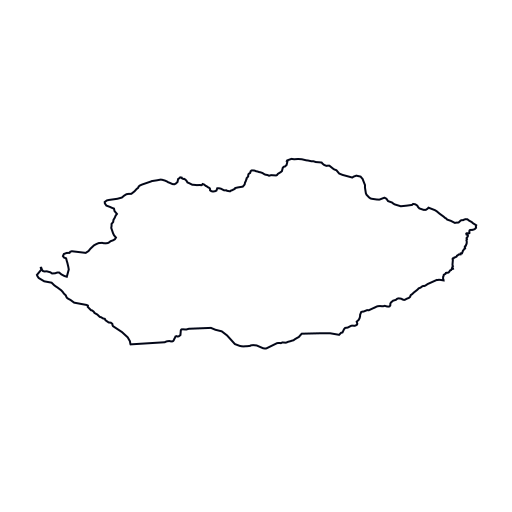 the district of Valle Grande, Jujuy, Argentina, rotated 276°
{"feature_id": "61730980B80142303912096", "entity_name": "Valle Grande", "entity_type": "district", "adm_level": 2, "iso_a3": "ARG", "parent_name": "Argentina", "parent_adm1": "Jujuy", "projection": "equal_earth", "projection_center": [-64.987, -23.464], "detail": "fine", "context": "isolated", "style": "outline", "palette": "ink", "viewbox_px": 512, "rotation_deg": 276, "n_neighbors": 0, "source": "geoboundaries", "source_scale": "gbopen_adm2", "svg_char_len": 6097}
<svg xmlns="http://www.w3.org/2000/svg" viewBox="0 0 512 512"><g transform="rotate(276 256 256)"><path d="M353.8,276.8L353.7,277.4L349.7,276.9L349.1,276.3L348.2,275.7L347.6,274.2L346.5,273.4L343.1,272.9L341.9,271.7L340.0,269.2L338.7,268.4L338.2,267.5L338.0,262.6L337.2,260.6L337.7,259.1L337.9,256.6L338.5,255.1L339.2,253.8L339.7,251.7L339.8,250.2L340.2,248.7L340.3,247.2L340.8,245.7L340.8,244.0L340.6,242.6L339.7,241.8L338.0,241.5L336.9,240.1L335.7,239.8L334.3,239.9L332.3,238.5L331.1,238.5L330.6,238.2L328.9,237.9L328.1,237.4L326.4,237.3L325.6,237.0L323.6,235.6L322.3,230.8L321.4,228.2L320.3,227.7L319.9,226.7L319.1,225.8L318.5,224.3L318.0,223.9L317.6,223.4L317.8,220.3L318.2,219.8L318.0,217.3L319.3,214.0L319.5,212.1L319.3,210.4L316.9,209.8L316.2,208.6L315.6,206.5L315.8,204.8L316.5,203.5L317.8,203.3L318.6,202.8L319.0,202.0L319.5,200.7L320.3,199.5L320.4,198.8L321.7,196.8L322.0,195.4L321.2,195.0L320.6,194.0L320.8,193.1L320.5,191.2L320.3,189.7L320.3,186.5L320.2,185.2L321.4,182.1L322.0,180.1L323.2,179.3L324.5,177.9L325.2,176.5L325.0,175.7L325.6,174.1L326.2,173.9L326.3,172.4L325.4,171.7L324.4,170.5L321.4,170.2L319.6,168.6L318.8,167.3L318.8,165.4L319.9,162.1L320.1,161.0L320.8,159.7L321.5,157.5L322.0,154.6L322.0,153.1L320.9,149.5L319.6,144.5L319.1,143.7L315.2,135.3L314.0,133.2L312.9,132.1L311.4,131.6L310.2,130.3L307.6,128.4L304.8,125.5L304.5,122.9L303.9,120.7L302.2,118.5L300.1,116.5L298.4,112.1L296.4,104.0L295.7,101.9L293.9,99.9L292.5,100.2L290.5,101.9L289.5,105.8L288.8,107.8L288.3,109.8L285.9,110.6L283.3,113.3L281.5,112.2L279.2,111.5L277.1,110.5L274.9,110.4L272.8,109.0L270.7,109.2L268.8,109.1L263.8,111.4L261.8,112.6L259.7,114.8L257.9,113.9L256.7,112.3L255.5,109.8L254.2,108.5L253.4,107.3L252.9,105.2L252.8,102.9L253.0,101.6L252.4,98.2L251.3,96.2L249.7,93.8L246.0,90.6L243.4,88.9L241.3,86.3L241.5,72.4L240.8,70.8L239.6,70.2L239.3,67.5L237.9,64.7L235.7,64.0L234.4,65.2L233.8,67.4L231.1,68.4L229.5,69.1L225.5,70.5L223.0,71.2L215.6,70.0L216.1,67.5L217.4,64.3L219.0,61.9L218.8,60.1L217.8,58.0L217.3,55.0L218.3,53.2L218.6,51.3L218.9,49.5L218.5,47.1L218.8,45.6L220.2,44.4L221.5,43.9L222.5,42.9L220.0,43.9L214.3,40.1L212.9,40.9L211.4,42.2L208.7,48.0L208.1,55.5L205.8,58.4L204.7,60.3L204.0,61.7L201.5,65.9L200.0,67.6L198.6,68.8L196.9,71.0L195.8,71.5L194.7,72.3L193.9,73.6L192.9,76.1L190.6,80.0L189.6,92.6L189.1,94.0L187.8,94.0L184.8,97.6L184.8,98.5L183.7,100.4L182.5,101.3L181.2,104.3L179.1,107.0L178.9,108.4L177.9,110.4L177.7,112.2L176.4,113.0L174.5,116.4L174.5,118.6L173.5,120.2L172.1,120.6L171.3,121.1L166.3,130.7L161.7,136.9L158.1,139.5L155.3,140.3L155.0,140.5L160.7,174.3L161.3,175.2L161.9,176.5L162.4,178.8L162.2,179.9L162.2,180.9L162.4,181.9L162.9,182.6L164.4,183.3L165.1,183.4L166.3,184.0L167.5,184.3L168.0,185.3L167.7,186.2L167.9,187.2L168.2,187.8L169.5,189.1L174.1,189.0L174.9,189.3L175.3,189.8L175.5,191.5L175.5,193.0L175.6,194.3L176.6,196.8L179.8,218.7L178.4,223.3L177.5,229.8L174.0,235.5L166.2,244.2L164.9,249.2L164.7,251.5L164.8,253.2L165.0,254.2L165.4,256.8L166.0,259.5L166.6,260.3L167.1,262.6L167.1,266.0L165.0,272.7L164.9,274.7L165.2,276.0L171.5,286.0L171.7,286.7L172.0,288.9L171.9,289.8L172.8,291.3L172.9,294.7L173.4,295.8L174.0,296.8L175.0,299.5L175.4,300.2L176.1,302.1L177.4,303.5L178.8,305.4L179.6,306.6L180.3,307.4L180.9,307.7L183.5,309.6L185.9,328.2L186.9,337.9L186.3,346.9L188.5,348.6L189.0,350.0L192.4,351.2L193.8,352.2L194.4,354.7L196.4,357.7L196.8,358.8L196.9,361.5L197.6,362.8L198.4,363.7L199.3,363.8L201.2,363.0L203.2,364.8L205.0,365.5L206.8,365.8L208.5,365.7L211.3,366.5L211.8,367.6L212.0,368.8L213.8,372.2L213.8,373.8L218.6,381.8L219.0,383.3L219.2,384.6L219.2,386.6L219.4,388.0L219.9,389.2L219.5,391.5L219.5,392.9L219.8,394.0L220.8,394.7L222.8,394.6L223.9,395.1L225.9,397.0L227.0,399.7L228.1,400.7L228.7,401.9L228.8,403.6L228.6,405.4L228.1,406.1L227.8,407.9L228.0,408.6L229.2,410.3L230.3,412.4L230.9,413.0L231.6,413.6L232.4,413.7L233.3,414.0L234.4,415.3L236.2,416.8L239.0,419.7L240.0,420.6L240.8,421.1L241.7,422.9L243.2,424.5L243.7,425.5L243.7,426.4L244.0,427.0L244.5,427.8L246.1,429.7L251.1,438.3L251.1,439.3L251.5,440.4L251.5,442.2L251.3,445.1L251.9,445.0L252.5,444.6L253.2,444.4L255.0,444.3L255.6,444.6L256.9,444.7L258.2,446.4L259.0,446.6L259.3,447.4L259.4,448.5L259.8,449.3L260.8,450.0L261.8,450.4L262.1,450.8L262.4,451.5L263.4,452.0L263.9,453.3L264.2,453.2L264.2,452.8L264.5,452.2L266.1,452.6L266.5,452.9L267.1,452.5L268.0,452.3L272.5,452.2L273.6,451.8L274.0,451.9L274.3,452.1L274.3,452.5L274.4,452.8L274.9,453.2L275.2,453.3L275.4,453.7L275.7,454.6L276.1,455.1L276.5,455.6L277.3,455.8L277.8,456.6L278.7,457.4L279.0,459.3L280.0,459.3L280.2,460.6L281.2,460.8L281.8,461.1L282.8,461.2L283.3,461.6L284.5,462.2L285.4,463.2L286.0,463.1L286.5,462.7L287.2,462.7L287.6,462.9L287.8,463.4L288.1,463.6L288.5,463.7L289.5,463.8L289.9,464.1L291.1,464.2L292.8,464.0L293.7,463.6L294.8,464.1L295.8,463.5L297.2,464.4L298.2,464.7L298.9,464.4L299.3,463.1L300.3,462.8L300.7,463.3L300.7,464.6L301.0,465.8L301.3,465.9L301.7,465.7L303.3,465.6L303.7,465.7L304.2,466.1L304.5,467.3L304.4,468.1L304.8,468.8L304.9,469.4L305.4,470.3L305.7,470.8L307.1,471.9L308.1,471.6L309.6,471.8L311.3,468.3L312.3,467.0L313.4,464.3L314.6,462.4L314.5,460.4L313.8,458.9L313.4,458.5L313.0,456.4L312.5,455.7L310.6,454.1L310.3,453.3L310.2,452.1L309.7,450.3L311.3,446.2L312.2,442.3L313.2,441.2L313.6,440.1L314.7,438.6L317.3,434.1L319.4,431.0L320.3,429.1L322.1,422.5L321.0,421.7L319.6,420.0L319.4,417.9L320.4,413.5L321.6,412.1L322.9,411.2L323.6,410.0L324.1,408.8L324.2,406.8L323.1,405.8L321.8,400.5L320.6,394.8L321.8,388.6L322.4,387.2L323.4,385.7L324.4,381.6L326.6,379.7L327.4,377.7L326.9,376.6L325.0,372.9L324.8,370.5L325.0,365.3L325.2,363.9L326.1,362.3L328.5,359.5L329.9,358.7L335.5,357.2L337.9,357.0L342.3,354.7L343.6,354.1L345.9,351.7L346.4,347.4L345.2,344.9L344.1,343.5L345.7,333.6L346.7,330.1L349.7,327.0L350.1,325.4L350.5,324.2L353.5,319.5L353.4,318.2L353.0,316.6L353.7,314.2L354.8,312.5L355.8,311.5L355.8,309.4L355.7,305.7L356.2,303.3L356.0,301.3L356.4,297.8L356.4,296.0L357.0,291.5L356.9,287.8L356.2,283.9L356.3,281.1L354.3,277.0L353.8,276.8Z" fill="none" stroke="#020617" stroke-width="2"/></g></svg>